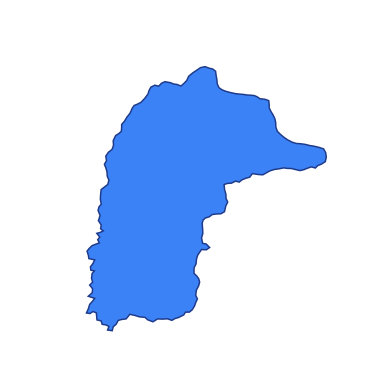 outline of Santa Rosa da Serra, Minas Gerais, Brazil, rotated 161°
{"feature_id": "56859067B87351492143193", "entity_name": "Santa Rosa da Serra", "entity_type": "district", "adm_level": 2, "iso_a3": "BRA", "parent_name": "Brazil", "parent_adm1": "Minas Gerais", "projection": "albers", "projection_center": [-46.003, -19.557], "detail": "fine", "context": "isolated", "style": "filled", "palette": "blue", "viewbox_px": 384, "rotation_deg": 161, "n_neighbors": 0, "source": "geoboundaries", "source_scale": "gbopen_adm2", "svg_char_len": 2742}
<svg xmlns="http://www.w3.org/2000/svg" viewBox="0 0 384 384"><g transform="rotate(161 192 192)"><path d="M130.4,298.5L132.3,301.5L135.5,303.5L138.9,306.3L143.5,306.8L147.1,305.8L152.2,304.5L157.5,302.5L160.7,299.1L164.5,297.2L167.9,295.8L171.2,298.6L174.2,300.1L176.8,302.4L181.7,305.1L185.6,304.7L189.0,302.9L192.4,305.1L196.8,304.5L199.5,302.0L201.8,298.9L206.2,295.9L211.0,293.4L215.2,292.8L218.6,292.6L221.3,290.6L224.9,286.7L229.4,283.8L232.8,280.9L236.5,278.8L237.7,275.4L239.1,272.4L242.1,271.1L245.9,270.2L249.8,266.2L251.0,261.7L253.7,258.3L258.1,256.8L261.9,253.9L262.6,249.5L265.8,246.7L265.6,242.8L265.8,238.7L267.0,234.6L266.7,230.4L269.1,226.6L273.2,225.2L277.1,223.9L279.3,219.2L281.0,215.0L281.8,210.0L284.8,208.2L286.8,205.2L286.6,199.7L289.8,195.4L288.6,190.3L290.4,187.0L288.6,184.1L292.1,183.7L295.5,183.9L293.9,179.4L296.7,177.6L296.2,174.0L299.8,174.0L304.0,173.8L307.8,172.0L310.5,170.2L310.6,166.0L311.2,162.6L306.1,159.5L309.0,156.6L312.4,154.3L313.1,151.0L310.0,149.2L313.0,147.4L315.1,143.1L315.3,139.1L319.1,137.3L317.5,132.9L319.1,129.3L324.0,127.2L321.3,125.1L318.6,123.1L321.4,121.2L325.3,119.1L328.3,115.0L331.2,112.0L328.1,110.3L324.5,111.2L321.8,108.9L323.5,102.0L319.9,99.7L320.0,96.1L316.7,94.4L314.3,91.9L316.8,89.0L312.6,86.8L310.4,90.2L306.7,91.7L303.6,94.6L300.2,94.4L295.6,93.5L290.6,96.6L286.2,93.9L282.2,91.0L277.3,88.8L275.5,85.6L271.2,82.0L265.9,83.2L260.9,81.3L256.5,80.1L252.8,77.2L249.1,77.9L245.6,77.7L239.8,78.5L237.3,80.5L233.5,79.3L230.1,80.6L226.7,83.4L224.1,86.7L221.7,89.1L222.1,93.2L219.8,97.8L216.3,101.1L214.1,104.3L213.9,107.8L214.9,111.1L216.6,114.4L214.7,119.7L211.5,122.8L209.6,127.1L207.2,130.4L204.6,132.4L201.8,134.5L197.2,132.7L193.4,133.8L195.6,138.3L198.7,140.0L197.9,145.5L195.3,149.2L193.9,153.9L192.6,158.9L190.7,161.8L187.8,163.1L183.9,162.9L180.3,164.1L176.2,163.3L171.8,162.0L167.7,162.8L164.6,167.8L161.5,170.9L161.9,174.9L160.7,178.7L160.4,183.9L159.2,188.6L155.8,188.6L151.7,187.5L147.3,188.1L144.1,186.0L141.1,187.2L136.4,187.5L132.7,187.2L128.9,189.7L123.7,187.0L119.4,185.2L115.6,185.9L111.7,186.6L106.8,186.5L102.2,185.6L97.3,184.9L94.2,183.3L90.3,181.8L85.8,178.9L83.0,177.1L79.0,176.7L75.5,176.9L71.0,176.9L67.5,174.5L64.6,176.0L60.6,176.2L56.1,177.3L53.7,181.2L52.8,185.5L53.5,189.9L57.6,193.0L61.9,195.7L65.4,197.5L69.5,200.2L73.9,202.4L77.7,204.0L81.1,206.5L84.8,210.4L87.6,214.3L89.6,217.7L91.5,221.5L91.6,225.9L90.2,230.7L89.8,234.4L90.3,238.7L91.2,242.7L91.6,246.3L90.5,249.8L89.7,253.4L92.8,255.9L97.4,258.1L99.4,260.8L101.7,262.9L105.4,264.6L108.6,265.9L111.6,267.5L115.2,269.1L118.8,270.8L123.4,273.6L127.4,276.3L130.4,278.9L132.6,282.0L132.9,286.1L131.9,290.1L131.3,294.1L130.4,298.5Z" fill="#3b82f6" stroke="#1e3a8a" stroke-width="1.5"/></g></svg>